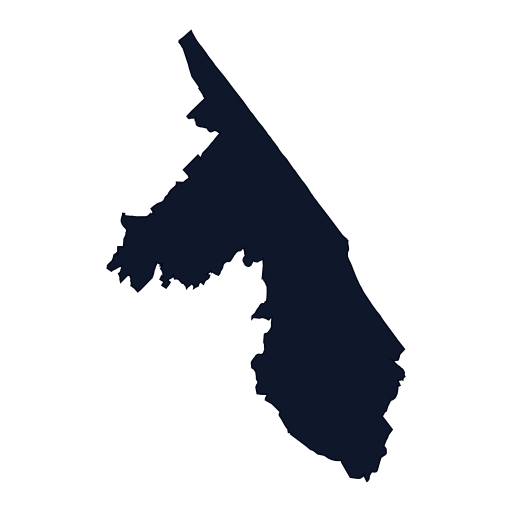 Vega de Alatorre, Veracruz, Mexico (Robinson projection)
{"feature_id": "50627088B59302189712162", "entity_name": "Vega de Alatorre", "entity_type": "district", "adm_level": 2, "iso_a3": "MEX", "parent_name": "Mexico", "parent_adm1": "Veracruz", "projection": "robinson", "projection_center": [-96.652, 19.993], "detail": "fine", "context": "isolated", "style": "filled", "palette": "ink", "viewbox_px": 512, "rotation_deg": 0, "n_neighbors": 0, "source": "geoboundaries", "source_scale": "gbopen_adm2", "svg_char_len": 6094}
<svg xmlns="http://www.w3.org/2000/svg" viewBox="0 0 512 512"><path d="M404.4,349.2L396.9,339.7L396.3,338.7L383.5,321.4L380.7,317.2L380.1,316.0L376.3,311.4L371.6,304.9L363.0,291.9L361.1,288.0L359.3,285.0L355.4,276.4L350.7,264.3L348.6,260.0L347.4,257.1L347.2,255.4L347.2,253.2L347.6,251.3L348.2,250.2L348.4,249.1L348.1,246.2L347.4,242.9L347.7,241.5L347.7,240.7L347.1,240.6L346.5,239.4L347.2,238.8L346.3,239.3L341.9,235.1L328.3,216.9L317.6,203.1L315.7,200.4L313.9,198.3L312.2,195.6L310.7,193.7L307.0,187.6L303.8,183.3L301.7,180.8L297.7,175.2L297.0,174.4L295.1,171.4L293.0,169.0L286.3,159.2L281.8,154.1L279.1,150.5L277.3,147.3L276.0,145.8L274.4,143.4L272.0,140.5L270.4,137.9L267.6,134.7L265.5,131.4L264.4,130.1L262.5,127.4L257.7,121.7L252.8,114.9L249.8,111.4L243.0,101.7L233.6,89.7L224.2,77.2L214.5,65.3L213.1,63.1L207.6,56.0L206.5,54.2L200.9,46.5L199.6,45.1L196.2,40.4L192.0,33.0L191.1,30.7L183.8,37.2L179.3,40.6L179.4,41.3L179.0,42.1L181.3,44.9L181.8,46.2L183.2,48.0L188.6,64.3L189.6,68.3L192.1,76.4L199.8,87.5L199.0,88.3L203.5,95.0L203.4,95.7L205.2,98.4L191.9,111.2L187.1,116.3L188.0,117.6L189.2,118.5L191.3,117.9L192.8,118.0L194.2,117.6L194.9,118.1L195.7,118.1L195.9,118.4L195.9,118.7L195.2,118.8L195.1,119.8L195.5,120.8L195.9,120.9L196.0,121.5L196.3,121.8L196.2,123.2L196.6,124.6L197.0,125.2L198.8,126.2L200.9,126.7L202.2,126.7L204.6,127.4L206.5,127.7L207.3,128.2L208.4,130.3L209.9,131.5L211.1,131.7L214.2,130.4L215.7,130.4L217.5,131.3L218.9,132.5L220.6,133.0L218.1,135.6L214.6,139.8L213.7,141.3L212.2,142.7L208.3,147.6L202.7,153.4L202.4,154.7L201.0,157.6L200.8,158.7L198.0,155.2L183.5,169.8L188.1,174.9L189.5,177.6L188.5,178.3L187.8,179.3L187.0,179.6L183.3,182.6L176.5,182.2L176.6,183.7L176.2,185.1L175.6,186.1L171.2,189.9L169.2,192.5L167.8,195.2L166.4,196.2L165.5,197.2L164.1,200.2L163.6,200.9L162.7,201.7L161.7,202.3L157.6,203.8L154.1,206.2L151.2,208.6L153.6,212.8L149.8,215.1L149.9,214.3L148.7,215.6L146.6,216.9L136.5,217.0L131.9,216.4L131.9,216.7L124.3,215.8L124.6,213.6L122.8,213.4L122.6,215.4L122.0,217.0L121.4,219.6L121.4,221.5L122.3,224.0L123.6,226.0L124.7,227.2L125.3,227.4L125.5,228.1L126.8,229.4L126.8,229.8L126.7,231.3L126.5,232.2L126.2,232.5L126.1,234.7L125.6,235.6L125.3,236.7L124.1,238.8L123.9,242.9L123.5,246.8L117.9,246.8L117.8,254.2L116.5,253.0L116.2,253.7L114.1,254.8L113.3,258.4L112.0,261.1L108.3,264.6L107.7,265.5L107.2,268.2L111.5,271.1L112.3,270.2L115.8,268.5L118.5,266.9L121.5,265.8L121.5,266.7L121.9,267.3L121.8,268.4L121.3,269.1L120.8,271.3L119.7,273.0L118.6,273.6L119.4,275.2L120.1,277.1L120.1,279.4L120.7,282.2L127.6,275.1L129.9,275.4L130.9,278.1L131.1,279.7L130.9,281.2L131.4,282.4L131.4,284.7L131.0,285.5L134.7,288.2L137.7,291.7L140.1,289.8L152.0,277.6L153.4,273.6L153.9,270.5L154.8,268.3L155.3,266.2L156.2,264.6L156.7,262.3L159.5,263.8L161.9,264.2L160.2,265.9L162.1,266.3L161.3,267.8L160.6,268.5L162.1,270.4L162.8,272.0L163.4,276.6L163.1,277.0L161.7,275.9L160.1,279.4L164.1,281.8L161.9,285.3L166.1,288.0L168.3,284.7L168.5,284.9L170.1,282.2L168.5,281.0L167.9,279.9L168.8,279.1L171.5,277.7L172.4,276.9L173.5,275.1L174.1,277.6L174.9,279.0L175.5,278.7L176.5,278.7L178.0,279.0L178.9,279.5L181.0,282.0L182.3,283.2L182.9,283.2L184.0,283.6L186.2,286.6L186.6,288.4L188.3,286.3L189.4,285.7L191.3,283.7L193.5,285.1L194.1,286.9L193.8,288.3L195.7,287.0L198.1,286.0L198.8,283.5L199.8,282.4L200.9,282.0L203.4,284.2L204.6,281.4L206.5,279.4L207.2,279.2L208.5,278.2L208.9,277.6L209.0,276.8L209.3,276.6L209.7,275.3L206.7,274.2L207.9,273.2L211.0,271.1L211.5,272.1L211.8,271.5L215.5,273.9L218.4,275.1L219.9,273.1L220.1,271.4L221.3,269.8L222.4,267.8L222.8,265.5L223.8,263.4L226.2,261.6L227.6,261.3L228.8,261.4L230.3,260.8L234.1,254.8L236.2,252.1L238.3,250.7L239.8,250.6L240.6,250.4L241.9,248.9L242.2,248.0L243.0,248.4L244.5,248.7L244.2,249.8L244.6,250.7L244.6,251.4L244.9,252.3L244.8,253.4L245.3,255.3L245.3,256.2L243.9,257.7L243.4,259.1L243.2,260.2L243.4,261.3L244.5,263.2L245.1,264.5L246.3,265.6L248.2,266.3L249.5,266.0L250.8,265.0L253.1,260.5L254.9,261.4L257.2,261.8L261.3,259.8L263.0,258.6L263.5,265.7L262.3,278.7L263.2,278.5L263.8,279.2L263.9,280.2L265.2,282.0L267.3,286.7L267.4,293.3L266.9,300.3L266.4,301.5L265.3,301.8L264.7,303.3L264.0,304.0L263.3,303.8L261.8,303.8L260.8,304.6L259.9,305.8L259.3,307.1L258.4,308.1L257.3,309.6L255.3,313.2L252.1,316.2L252.0,318.8L253.3,317.4L260.1,318.0L260.4,317.5L263.0,317.4L265.3,318.1L268.8,319.8L270.2,317.8L272.2,317.7L271.6,322.9L271.7,325.2L271.9,325.6L271.2,328.2L269.6,330.8L268.0,332.7L266.7,333.6L265.2,333.6L264.5,334.4L263.9,342.3L264.7,344.4L264.7,347.2L265.0,349.2L263.5,353.5L261.3,354.8L258.6,354.3L256.8,355.0L256.0,355.7L255.3,357.1L254.1,358.4L252.5,360.6L251.8,361.7L251.4,362.7L251.9,366.4L251.8,367.3L252.0,367.8L253.6,368.7L254.4,369.5L256.0,372.2L256.6,376.8L256.5,378.1L256.7,379.4L257.8,381.0L258.1,382.5L257.7,383.9L257.0,384.6L256.0,387.1L257.2,393.6L260.7,394.1L267.0,394.3L267.4,394.9L265.6,398.2L265.5,399.9L272.2,403.7L280.3,411.8L279.4,414.1L279.4,415.4L281.4,418.4L285.3,425.4L286.8,427.7L287.8,428.4L288.5,432.4L290.9,432.6L290.8,434.1L306.9,446.2L310.5,449.3L313.4,450.3L317.8,453.8L324.5,455.2L328.0,457.6L331.7,459.4L335.6,460.3L337.8,460.4L341.4,460.3L341.8,462.4L350.3,477.2L356.7,478.1L359.7,478.2L361.2,477.5L362.8,476.3L362.9,475.2L363.6,474.5L366.9,481.3L367.6,480.8L368.9,478.9L369.2,475.7L370.9,472.7L371.7,471.6L374.5,471.9L375.5,471.7L376.3,471.5L377.1,470.3L379.7,461.0L380.9,457.3L385.3,454.4L386.1,453.3L386.1,450.5L385.8,448.6L384.1,446.6L383.9,445.4L384.2,444.5L386.1,439.8L387.4,437.7L387.7,436.4L388.6,434.4L392.2,429.6L381.8,415.9L383.1,414.8L384.6,411.9L386.1,411.1L387.7,406.0L390.5,400.4L392.8,399.4L394.1,398.5L395.2,397.4L395.7,396.4L397.0,393.4L397.8,388.0L397.6,387.2L397.6,386.4L400.0,385.4L397.8,380.5L398.5,380.1L399.9,380.1L400.9,379.8L401.2,379.3L402.8,380.0L402.8,379.2L403.2,378.0L404.8,376.4L403.7,374.9L404.2,373.7L404.2,372.2L402.4,369.1L401.7,368.9L399.1,366.4L398.6,366.3L397.3,365.3L392.2,360.3L394.2,360.8L395.4,360.3L397.8,360.1L398.8,358.3L398.7,357.2L399.2,356.6L399.4,355.0L400.3,353.6L404.4,349.2Z" fill="#0f172a" stroke="#020617" stroke-width="1.5"/></svg>